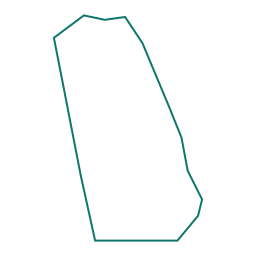 map outline of Bukomansimbi (Mercator projection)
{"feature_id": "UGA-5619", "entity_name": "Bukomansimbi", "entity_type": "District", "adm_level": 1, "iso_a3": "UGA", "parent_name": "Uganda", "parent_adm1": "", "projection": "mercator", "projection_center": [31.658, -0.106], "detail": "fine", "context": "isolated", "style": "outline", "palette": "teal", "viewbox_px": 256, "rotation_deg": 0, "n_neighbors": 0, "source": "natural_earth", "source_scale": "10m", "svg_char_len": 306}
<svg xmlns="http://www.w3.org/2000/svg" viewBox="0 0 256 256"><path d="M95.1,240.6L80.6,174.8L64.2,90.4L53.9,37.8L83.9,15.4L104.8,19.8L125.1,17.0L142.4,43.0L152.7,67.7L169.1,106.8L181.5,137.7L187.7,170.7L202.1,199.5L198.0,215.9L177.4,240.6L95.1,240.6Z" fill="none" stroke="#0f766e" stroke-width="2"/></svg>